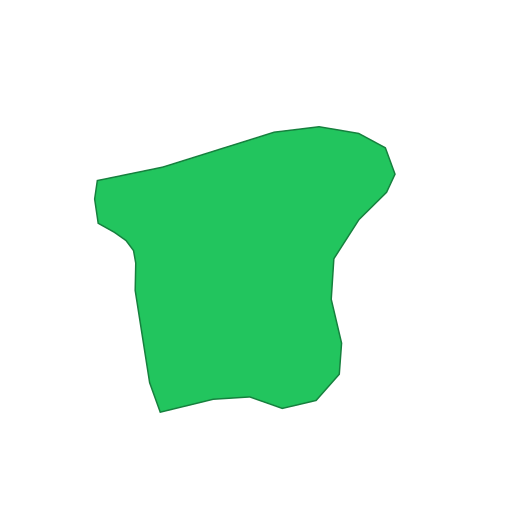 the Provincial City of Hsinchu City, rotated 325°
{"feature_id": "TWN-1161", "entity_name": "Hsinchu City", "entity_type": "Provincial City", "adm_level": 1, "iso_a3": "TWN", "parent_name": "Taiwan", "parent_adm1": "", "projection": "mercator", "projection_center": [120.949, 24.782], "detail": "fine", "context": "isolated", "style": "filled", "palette": "green", "viewbox_px": 512, "rotation_deg": 325, "n_neighbors": 0, "source": "natural_earth", "source_scale": "10m", "svg_char_len": 504}
<svg xmlns="http://www.w3.org/2000/svg" viewBox="0 0 512 512"><g transform="rotate(325 256 256)"><path d="M88.0,329.0L96.2,298.8L137.3,214.9L153.4,192.9L158.8,181.3L158.4,168.8L153.5,155.2L145.5,138.7L156.5,116.8L169.3,103.2L230.6,129.7L341.9,165.0L381.8,186.3L410.4,214.5L424.0,241.6L416.8,268.7L399.5,278.7L361.3,285.2L318.2,302.9L292.8,334.6L276.1,376.5L257.8,398.9L256.4,400.6L222.4,408.8L190.1,395.9L170.1,367.9L138.8,348.8L88.0,329.0Z" fill="#22c55e" stroke="#15803d" stroke-width="1.5"/></g></svg>